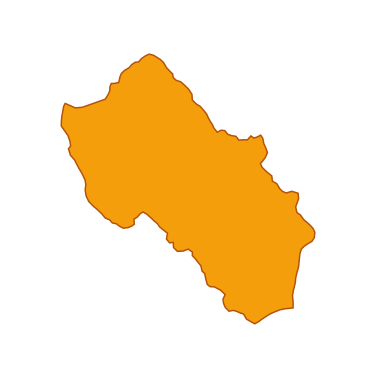 outline of Antônio Cardoso, Bahia, Brazil, rotated 343°
{"feature_id": "56859067B95961729837153", "entity_name": "Antônio Cardoso", "entity_type": "district", "adm_level": 2, "iso_a3": "BRA", "parent_name": "Brazil", "parent_adm1": "Bahia", "projection": "natural_earth1", "projection_center": [-39.143, -12.384], "detail": "fine", "context": "isolated", "style": "filled", "palette": "amber", "viewbox_px": 384, "rotation_deg": 343, "n_neighbors": 0, "source": "geoboundaries", "source_scale": "gbopen_adm2", "svg_char_len": 2280}
<svg xmlns="http://www.w3.org/2000/svg" viewBox="0 0 384 384"><g transform="rotate(343 192 192)"><path d="M293.1,224.2L287.6,220.5L281.8,220.5L278.7,217.8L276.9,214.6L275.5,208.9L272.1,205.1L273.0,199.9L269.2,194.3L266.3,189.0L265.7,184.8L268.7,183.0L272.3,180.4L275.7,176.3L275.4,170.9L274.8,166.7L275.4,161.4L274.3,157.7L270.2,158.5L266.9,158.5L264.7,155.6L260.3,158.3L255.6,156.9L252.0,156.1L250.3,151.6L246.2,149.6L243.1,147.3L241.3,142.8L237.8,141.4L233.6,142.2L231.7,137.4L231.2,133.5L230.0,129.4L229.2,125.5L228.8,121.7L227.1,117.6L224.9,112.5L222.0,109.3L219.2,104.2L220.5,98.6L218.8,92.7L216.1,87.7L213.5,83.4L209.5,80.5L207.5,77.1L208.0,73.4L206.0,69.8L204.0,65.6L202.6,59.8L200.5,56.1L197.8,52.9L195.3,50.1L191.3,47.6L186.9,48.3L182.6,49.7L178.9,52.0L175.7,51.3L171.7,52.5L168.0,54.8L163.0,56.0L159.1,58.0L156.7,61.0L154.0,65.8L149.6,65.5L146.5,64.6L144.3,67.4L142.9,71.2L140.5,74.1L136.1,77.9L112.0,78.9L105.1,77.5L96.6,70.2L94.3,72.6L92.0,77.1L89.4,82.1L87.7,86.3L86.3,90.8L87.9,95.6L89.9,101.8L90.1,108.0L89.4,112.5L86.5,114.5L86.5,121.3L89.1,127.1L90.1,132.8L90.9,136.8L92.3,142.5L93.2,149.1L92.7,153.7L90.4,158.9L89.6,164.9L90.5,170.9L93.3,176.4L96.6,181.5L99.5,186.8L101.4,191.5L105.1,194.6L106.8,198.3L110.4,200.3L112.4,203.2L115.7,206.5L120.6,207.4L124.3,207.0L127.4,206.0L128.5,201.1L132.5,199.9L136.0,197.7L139.2,196.7L142.4,200.1L145.5,205.3L147.7,209.2L149.7,212.2L150.8,215.9L153.0,219.2L156.5,224.3L153.8,229.5L155.7,234.1L159.3,234.7L158.1,239.7L160.7,244.5L166.4,245.9L171.7,245.5L174.8,249.6L173.7,253.0L175.5,256.4L177.3,261.2L178.9,265.2L178.5,270.7L180.3,273.7L179.7,279.5L179.6,285.0L181.6,287.8L185.7,289.3L190.6,294.3L193.7,299.8L190.3,303.6L189.6,307.8L190.1,312.1L192.5,316.8L197.0,317.3L200.4,319.7L202.9,321.9L205.6,323.7L207.0,329.6L210.2,333.0L213.5,336.4L218.1,335.4L221.0,334.3L225.6,332.9L230.2,331.6L235.1,330.9L241.9,330.4L247.1,330.9L250.5,331.6L254.8,332.4L256.6,326.4L257.8,320.5L260.0,316.1L262.2,312.5L264.5,308.4L265.9,304.8L268.4,300.4L272.0,294.8L274.5,288.8L277.0,282.9L279.9,278.5L283.4,276.7L287.2,275.5L292.4,274.2L295.7,271.3L297.7,266.4L297.1,262.2L295.3,258.4L292.6,253.9L290.7,251.0L289.0,245.7L286.3,242.3L286.8,236.5L290.0,232.3L292.0,229.5L293.1,224.2Z" fill="#f59e0b" stroke="#b45309" stroke-width="1.5"/></g></svg>